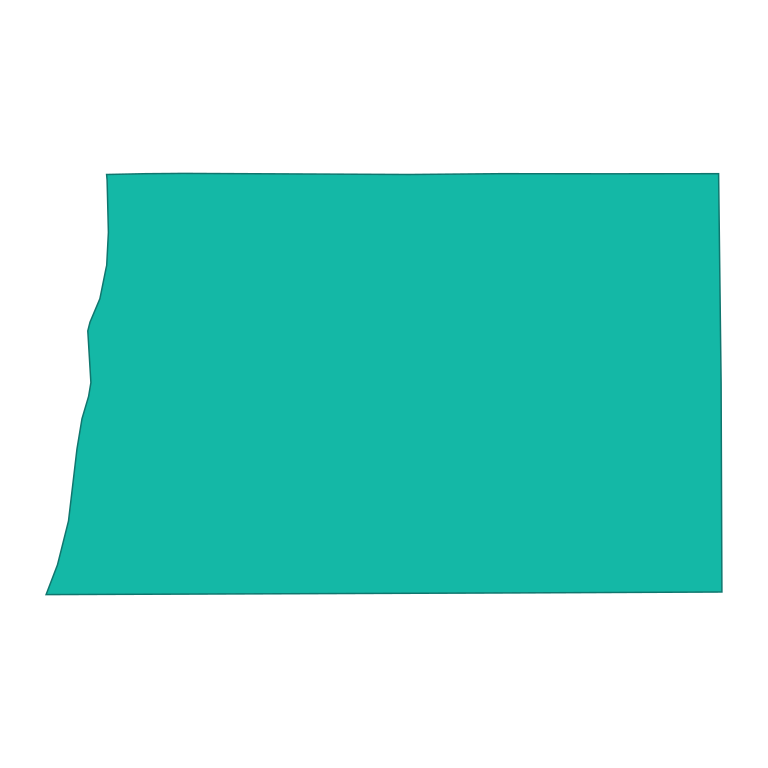 Allegan, Michigan, United States of America (Equal Earth projection)
{"feature_id": "52423323B90348068840522", "entity_name": "Allegan", "entity_type": "district", "adm_level": 2, "iso_a3": "USA", "parent_name": "United States of America", "parent_adm1": "Michigan", "projection": "equal_earth", "projection_center": [-86.049, 42.594], "detail": "fine", "context": "isolated", "style": "filled", "palette": "teal", "viewbox_px": 768, "rotation_deg": 0, "n_neighbors": 0, "source": "geoboundaries", "source_scale": "gbopen_adm2", "svg_char_len": 446}
<svg xmlns="http://www.w3.org/2000/svg" viewBox="0 0 768 768"><path d="M718.6,173.7L610.0,173.8L500.0,173.7L409.1,174.5L182.4,173.4L172.8,173.5L145.6,173.7L106.6,174.5L107.1,180.2L107.5,195.7L108.4,232.4L106.7,265.4L106.0,268.5L99.9,298.7L90.0,322.2L87.8,330.9L90.9,382.7L88.6,396.4L82.0,418.7L77.0,448.8L68.5,521.0L57.5,564.8L46.1,594.6L517.0,592.9L721.9,592.0L721.1,382.7L718.6,173.7Z" fill="#14b8a6" stroke="#0f766e" stroke-width="1.5"/></svg>